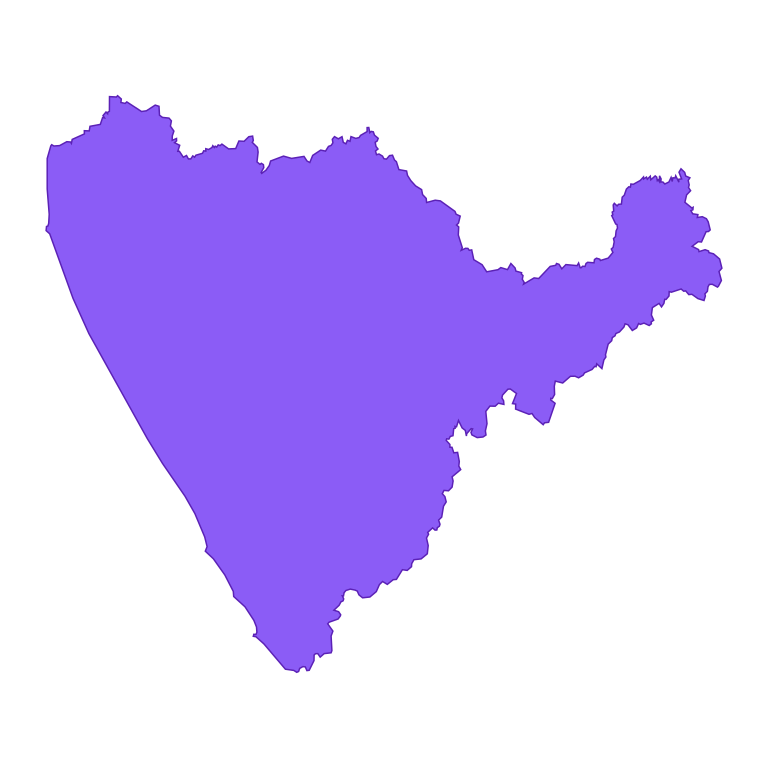 Tomatlán, Jalisco, Mexico (Equal Earth projection)
{"feature_id": "50627088B62386575329079", "entity_name": "Tomatlán", "entity_type": "district", "adm_level": 2, "iso_a3": "MEX", "parent_name": "Mexico", "parent_adm1": "Jalisco", "projection": "equal_earth", "projection_center": [-105.032, 19.938], "detail": "fine", "context": "isolated", "style": "filled", "palette": "violet", "viewbox_px": 768, "rotation_deg": 0, "n_neighbors": 0, "source": "geoboundaries", "source_scale": "gbopen_adm2", "svg_char_len": 6106}
<svg xmlns="http://www.w3.org/2000/svg" viewBox="0 0 768 768"><path d="M690.6,190.7L688.5,187.5L689.2,184.9L688.2,180.4L689.9,177.8L685.7,176.0L684.7,172.4L681.0,168.8L679.0,172.2L681.6,178.9L678.5,179.3L678.9,182.2L675.7,175.8L675.1,177.9L672.9,177.8L672.2,181.5L671.1,177.4L668.9,182.0L664.8,184.0L662.9,182.0L660.8,182.0L661.1,178.9L659.5,175.8L659.4,181.6L658.1,179.7L657.3,180.6L656.7,177.1L655.2,175.9L650.8,179.8L650.3,176.2L647.3,179.2L646.5,177.1L643.7,178.9L643.5,177.0L640.2,180.5L633.3,184.3L630.9,184.0L630.4,187.1L628.8,186.8L626.4,189.1L624.3,195.2L622.2,197.2L621.4,204.1L618.5,204.3L617.1,205.9L614.3,203.3L613.2,205.0L613.7,211.1L612.2,212.1L612.8,214.8L611.7,215.6L615.7,224.0L617.0,224.5L617.5,228.0L616.1,230.9L615.5,236.6L613.5,238.5L614.2,241.8L613.1,247.4L611.3,249.0L612.9,252.4L608.2,258.1L600.4,260.5L599.8,259.2L596.5,258.2L594.5,259.5L594.0,262.8L587.7,262.3L586.0,263.5L585.0,266.5L582.7,266.2L581.1,267.7L580.2,267.7L578.6,263.0L577.1,265.6L565.9,264.6L561.8,268.8L559.0,264.3L556.5,263.5L555.7,265.3L550.2,266.4L538.7,278.5L534.1,277.9L523.6,284.1L524.2,282.4L522.3,279.3L523.0,275.6L521.4,274.1L521.6,272.7L515.9,271.1L515.1,268.0L510.9,263.5L507.5,269.6L500.8,267.6L498.0,269.7L486.7,271.8L482.1,264.7L473.8,259.7L471.7,249.9L469.3,250.3L467.9,248.4L465.5,248.3L461.2,250.3L462.3,247.7L458.3,235.0L458.7,226.9L456.5,225.0L458.5,223.1L460.2,216.1L456.1,214.2L455.0,211.4L440.4,200.9L435.2,200.2L426.6,202.5L426.2,198.4L422.6,194.6L421.6,189.6L415.6,185.9L410.8,180.6L407.5,175.4L406.6,171.0L398.9,169.6L396.4,161.7L394.5,160.0L392.5,155.2L389.5,155.6L386.5,159.1L383.9,158.7L382.5,156.1L379.0,154.0L376.5,154.7L375.5,151.0L378.0,149.0L376.0,146.5L375.2,142.3L377.2,141.0L378.2,138.3L374.5,135.2L373.3,131.8L371.2,131.4L369.8,132.7L368.8,127.5L367.1,127.6L367.1,131.6L360.5,135.4L359.2,137.5L355.8,138.4L351.0,136.6L350.0,141.3L347.5,140.3L345.9,143.8L343.3,142.4L342.0,136.7L338.3,138.8L334.5,136.6L332.3,139.3L332.9,142.8L331.2,145.4L328.5,146.4L325.5,151.1L320.7,150.1L312.7,155.4L309.8,162.5L307.0,161.0L304.0,156.4L291.6,158.4L283.5,156.1L270.6,161.0L269.3,165.5L266.0,170.2L261.7,173.4L261.1,172.5L263.8,167.6L263.4,164.6L261.3,163.3L260.0,164.4L257.0,161.9L258.1,152.1L257.4,147.4L252.3,142.4L253.3,140.5L252.6,136.1L248.8,136.7L244.1,141.3L238.9,141.0L235.7,148.6L228.6,148.9L221.9,144.1L220.1,145.6L218.2,144.9L216.7,147.1L215.2,146.2L214.3,147.5L212.8,145.7L212.0,147.5L208.6,149.5L205.8,148.7L205.8,151.1L203.7,150.8L202.5,153.3L195.9,155.2L194.6,157.2L192.8,155.9L190.8,158.9L188.4,158.9L186.5,155.5L183.3,157.2L179.4,151.3L177.8,151.3L179.7,145.3L174.5,142.7L176.6,140.9L176.5,138.5L172.2,140.3L172.3,135.9L173.9,131.1L170.4,126.1L171.4,120.9L169.0,118.1L162.5,117.4L159.5,115.2L159.0,106.3L155.2,105.1L146.4,110.8L141.5,111.5L126.8,101.9L125.2,103.4L120.9,102.5L121.3,99.0L117.6,95.7L116.4,97.0L109.5,96.6L109.4,111.3L107.7,112.3L107.6,113.7L106.0,112.0L103.0,115.6L104.5,117.9L102.6,117.6L100.3,124.4L90.0,126.3L89.2,130.9L84.3,130.7L84.4,133.9L72.2,139.4L71.4,143.4L70.5,142.0L66.8,141.7L59.6,145.6L53.9,146.0L51.7,144.7L50.8,145.9L47.2,158.5L47.2,189.0L49.2,214.3L48.7,223.3L47.9,226.0L46.5,226.5L46.1,230.6L49.7,233.8L73.0,298.3L88.9,333.6L147.3,438.6L162.6,463.6L185.0,496.2L194.9,513.6L204.7,536.9L207.1,546.6L205.3,551.2L213.4,558.8L224.8,574.9L233.3,591.4L233.7,596.5L245.0,606.8L253.9,620.4L256.5,627.0L256.9,632.2L256.0,634.4L253.8,634.3L253.3,636.3L255.9,636.7L263.9,643.9L285.4,669.2L293.8,670.4L296.7,672.3L298.6,671.5L299.7,668.4L302.9,666.6L305.3,666.9L306.9,670.6L309.2,670.3L314.0,660.6L314.1,655.0L315.5,653.7L317.8,653.6L320.2,657.1L324.2,653.6L331.1,652.8L331.9,650.6L331.1,636.0L332.9,631.1L327.7,623.8L329.1,622.2L338.1,619.0L340.3,616.0L340.7,614.8L338.6,611.7L333.9,610.2L339.1,605.3L340.9,601.9L343.1,600.8L343.7,598.9L342.3,595.8L343.5,595.9L344.1,592.7L345.9,590.5L350.3,589.1L355.1,590.1L357.3,591.1L358.9,594.8L362.6,597.8L369.9,597.0L376.3,591.6L379.4,584.6L382.6,581.5L387.3,584.4L393.2,579.7L396.4,579.4L402.4,569.7L407.2,570.4L411.5,566.7L411.7,563.7L413.9,559.7L421.1,558.9L427.3,553.8L428.2,545.5L426.5,538.0L428.6,534.2L427.7,532.4L432.6,527.9L435.0,530.1L436.8,530.0L437.3,527.7L439.4,526.2L440.0,524.2L438.6,520.1L441.7,517.1L443.5,506.2L446.2,501.9L444.9,496.6L442.3,493.7L444.0,490.4L448.5,490.8L452.1,487.1L453.1,481.0L452.1,476.8L460.7,469.6L458.8,466.1L459.3,461.5L457.6,452.4L453.8,452.8L452.0,447.3L449.9,447.2L449.9,444.5L446.2,440.4L446.7,438.8L448.9,439.1L450.3,436.4L453.0,435.7L453.7,428.7L455.2,428.2L455.0,426.4L456.5,426.8L458.5,420.5L462.1,427.9L465.3,430.4L466.4,436.0L466.7,433.7L471.2,428.6L472.6,428.9L471.0,432.4L471.9,434.9L477.2,437.6L483.0,437.0L486.0,435.0L485.4,430.9L487.0,423.7L485.8,411.4L489.9,406.1L495.2,406.2L498.4,403.2L503.9,404.4L503.6,400.8L501.9,397.9L502.5,395.1L507.9,389.2L510.3,389.0L516.5,393.5L512.5,403.6L515.7,404.1L515.6,409.1L529.0,414.3L532.0,413.5L534.7,417.5L543.2,424.7L544.5,422.8L548.6,422.3L555.1,403.3L550.7,399.9L550.8,398.3L552.3,398.6L554.6,394.5L554.3,386.3L555.3,381.1L562.7,383.0L570.4,376.3L575.0,376.2L578.6,377.8L583.2,375.1L584.5,372.9L592.1,369.4L594.7,366.4L596.1,366.7L596.7,363.8L601.9,368.6L603.9,359.9L605.9,357.0L605.5,354.7L608.2,344.1L611.7,340.7L612.3,337.6L615.0,335.8L615.9,333.5L619.4,332.0L623.9,327.1L625.1,323.8L628.0,324.8L632.3,330.5L636.6,327.9L638.6,323.5L640.3,324.4L644.0,323.1L649.2,325.5L651.4,323.8L651.1,322.0L653.7,320.2L651.4,315.0L652.4,307.6L659.1,303.4L661.5,306.9L663.9,303.4L664.7,299.3L666.1,299.4L669.0,296.0L669.2,291.6L671.4,292.2L681.1,289.0L683.7,291.2L685.7,290.9L688.8,294.6L691.9,294.3L697.9,298.6L704.0,300.5L705.4,296.0L704.9,293.9L707.4,291.3L708.0,286.7L709.4,284.4L712.3,284.3L717.5,287.1L718.5,286.1L721.4,280.5L719.0,271.5L721.9,268.2L719.6,259.0L713.5,253.8L708.9,252.6L708.6,251.0L705.1,249.7L699.0,251.6L698.6,249.6L692.1,246.3L698.2,241.7L701.5,242.0L706.1,231.7L708.5,231.5L710.2,229.9L708.2,221.8L706.4,218.7L702.3,216.7L697.3,217.5L697.9,214.6L692.7,213.8L690.9,210.6L692.9,209.8L693.1,207.3L691.9,208.0L684.9,202.3L686.6,194.9L690.6,190.7Z" fill="#8b5cf6" stroke="#5b21b6" stroke-width="1.5"/></svg>